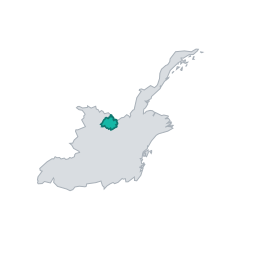 Langkho, Shan, Myanmar (highlighted), rotated 233°
{"feature_id": "60261553B57199101523672", "entity_name": "Langkho", "entity_type": "district", "adm_level": 2, "iso_a3": "MMR", "parent_name": "Myanmar", "parent_adm1": "Shan", "projection": "albers", "projection_center": [98.032, 20.27], "detail": "fine", "context": "in_parent", "style": "filled", "palette": "teal", "viewbox_px": 256, "rotation_deg": 233, "n_neighbors": 0, "source": "geoboundaries", "source_scale": "gbopen_adm2", "svg_char_len": 6934}
<svg xmlns="http://www.w3.org/2000/svg" viewBox="0 0 256 256"><g transform="rotate(233 128 128)"><path d="M164.8,115.3L162.3,114.1L160.5,115.2L157.7,114.8L158.0,117.2L156.4,118.0L153.6,117.8L152.0,121.5L146.1,122.5L142.3,121.8L140.2,125.1L140.1,128.9L139.0,131.1L139.4,135.0L136.9,136.0L135.4,135.8L136.2,137.6L138.2,138.4L139.3,142.4L139.0,144.0L146.9,153.3L149.4,160.6L151.3,159.6L151.9,160.4L151.1,162.3L148.6,163.8L148.3,171.5L144.3,173.4L144.4,176.0L144.9,177.8L148.5,182.9L152.5,186.4L154.8,190.1L155.2,195.6L154.7,197.9L155.8,201.2L157.9,203.3L160.3,211.9L155.6,219.5L150.7,224.5L150.1,229.8L148.5,231.6L147.8,229.9L147.4,224.4L149.8,220.9L150.5,214.1L152.0,212.6L151.2,212.0L149.3,212.5L149.9,207.0L148.9,206.8L149.7,205.6L148.6,196.4L144.9,190.0L144.4,187.2L143.8,191.0L143.4,190.2L143.3,185.2L141.2,179.6L141.4,179.1L142.4,179.6L141.5,178.4L140.7,178.6L140.1,177.3L139.0,165.8L137.6,164.1L138.2,159.2L139.2,157.9L135.3,158.4L133.6,154.2L133.5,151.9L129.7,148.4L130.3,149.5L129.7,150.7L130.3,152.6L128.7,156.3L127.1,157.9L125.0,158.6L123.4,157.5L123.1,155.6L122.4,155.6L123.9,159.2L117.7,162.3L116.8,164.4L113.5,167.3L112.6,166.9L113.1,163.0L111.2,166.1L108.7,166.1L108.2,162.0L107.1,164.4L105.6,165.1L106.2,158.2L105.7,160.2L103.2,162.9L100.8,163.7L101.5,158.0L104.9,149.1L105.2,146.2L103.6,139.0L101.0,132.9L101.8,132.8L99.9,131.0L99.8,126.6L98.6,128.1L98.4,130.9L96.1,129.4L93.9,125.5L94.8,125.1L97.4,127.1L98.9,126.1L99.3,124.8L95.3,120.9L96.3,119.4L95.0,119.4L91.5,117.5L90.5,117.8L90.9,119.4L90.2,119.8L88.9,117.3L89.9,116.1L89.0,116.1L89.7,113.9L89.3,113.6L87.6,116.4L86.7,115.7L87.8,114.3L87.4,113.4L85.9,111.7L86.0,114.7L82.5,109.8L80.6,103.2L82.2,101.6L85.0,103.6L85.0,95.6L86.3,93.9L89.1,95.4L90.0,93.4L91.2,92.9L90.6,87.4L91.6,83.8L93.5,83.3L94.1,80.4L94.4,76.5L93.6,72.2L95.3,73.3L97.3,72.9L101.9,74.5L103.7,69.5L108.2,61.4L106.6,59.5L106.9,58.3L110.8,54.1L112.8,50.2L112.0,46.8L112.8,44.0L116.3,42.2L123.8,36.6L129.3,35.9L131.5,38.1L133.0,38.4L130.8,33.0L135.5,29.1L135.3,26.0L137.5,22.7L138.7,22.8L139.9,24.4L141.0,24.4L143.2,26.8L145.2,33.5L146.8,32.3L148.8,33.2L149.7,43.1L149.2,48.8L148.0,50.1L148.9,52.5L147.0,53.4L145.6,55.6L143.6,55.8L142.3,59.0L140.3,59.4L139.2,61.9L139.5,63.7L137.9,64.8L137.3,68.0L138.7,69.3L139.1,71.0L137.6,74.6L138.9,74.8L144.4,72.3L148.2,72.8L150.8,72.2L149.2,74.7L150.8,77.8L151.2,82.7L157.0,84.1L157.9,85.3L156.7,86.9L154.7,94.8L162.4,95.9L162.6,98.9L164.3,100.0L164.5,101.7L165.6,102.2L169.7,102.1L172.1,99.9L175.2,99.0L175.4,100.7L174.7,102.0L171.3,103.8L169.1,107.5L168.9,108.3L170.0,109.0L166.1,110.5L164.8,115.3ZM96.3,123.4L98.7,124.9L98.3,126.0L96.7,126.1L95.5,124.1L96.3,123.4ZM145.6,201.9L147.3,204.2L145.7,205.7L145.6,201.9ZM95.8,133.3L94.5,132.4L93.7,131.2L96.4,131.3L95.8,133.3ZM148.0,211.7L148.1,214.7L147.0,214.4L146.4,211.9L148.0,211.7ZM104.6,163.8L102.9,165.7L102.6,164.0L105.0,161.7L104.6,163.8ZM137.5,161.5L136.5,160.9L136.4,159.1L137.2,158.6L137.8,159.5L137.5,161.5ZM144.6,215.4L144.4,214.4L145.5,212.0L145.3,214.1L144.6,215.4ZM144.0,221.0L145.5,223.2L145.2,223.7L143.9,221.9L143.1,222.0L144.0,221.0ZM149.0,210.0L147.5,210.6L147.4,208.6L149.0,210.0ZM145.5,231.4L143.5,233.3L143.7,232.2L145.5,231.4ZM88.4,117.6L89.0,120.1L87.9,117.2L88.4,117.6ZM145.7,197.1L145.6,199.0L145.1,196.0L145.7,197.1ZM94.0,119.5L94.2,121.1L93.2,118.9L94.0,119.5ZM143.7,207.8L142.6,206.9L142.9,206.2L143.5,206.4L143.7,207.8ZM142.9,205.1L142.2,206.4L141.5,205.6L142.0,205.1L142.9,205.1ZM143.1,212.5L143.1,213.6L142.3,211.1L143.1,212.5ZM107.1,166.1L106.4,166.0L107.4,164.8L107.5,165.3L107.1,166.1ZM148.3,221.2L147.5,221.0L148.1,219.8L148.3,221.2Z" fill="#d9dde1" stroke="#a8b0b8" stroke-width="1"/><path d="M140.7,123.8L140.9,123.8L141.0,123.8L141.2,123.7L141.3,123.7L141.6,123.6L141.8,123.6L141.9,123.4L141.9,123.2L142.0,123.1L142.3,123.1L142.5,123.0L142.7,122.9L142.5,122.7L142.5,122.4L142.4,122.2L142.5,122.1L142.5,121.8L142.6,121.6L142.5,121.4L142.5,121.2L142.8,121.2L143.1,121.2L143.1,121.3L143.2,121.6L143.4,121.6L143.5,121.5L143.6,121.4L143.7,121.5L143.9,121.6L144.0,121.6L144.1,121.8L144.2,122.0L144.3,122.0L144.5,122.1L144.7,122.3L144.7,122.5L144.8,122.6L145.0,122.7L145.3,122.6L145.6,122.4L145.7,122.5L145.8,122.4L145.8,122.5L146.1,122.5L146.4,122.3L146.5,122.5L146.9,122.5L147.1,122.5L147.3,122.4L147.6,122.3L147.6,122.2L147.9,122.5L148.1,122.6L148.3,122.4L148.5,122.2L148.7,122.3L148.8,122.2L148.7,122.0L148.8,121.9L148.6,121.6L148.4,121.4L148.3,121.2L148.3,120.8L148.2,120.7L148.0,120.4L147.9,120.3L147.8,120.1L147.7,120.0L147.6,119.9L147.6,119.7L147.6,119.4L147.7,119.1L147.7,118.9L147.8,118.9L147.7,118.7L147.5,118.4L147.5,118.2L147.4,118.1L147.6,117.9L147.7,117.7L147.9,117.6L148.1,117.4L148.5,117.5L148.7,117.4L148.9,117.3L149.0,117.2L149.4,117.0L149.5,116.9L149.6,116.7L149.5,116.3L149.5,116.2L149.6,115.9L149.6,115.7L149.4,115.5L149.1,115.3L149.0,115.0L149.0,114.9L149.0,114.5L149.1,114.3L149.1,114.1L149.1,113.9L149.1,113.7L148.9,113.4L148.7,113.1L148.7,112.9L148.6,112.7L148.5,112.2L148.4,112.1L148.3,111.9L148.1,111.6L148.0,111.4L147.9,111.2L147.8,110.9L147.6,110.8L147.6,110.7L147.5,110.4L147.5,110.1L147.5,109.9L147.4,109.7L147.5,109.5L147.4,109.4L147.5,109.3L147.4,109.2L147.4,108.9L147.3,108.5L147.2,108.6L147.1,108.8L147.0,108.7L146.9,108.8L146.7,108.7L146.4,108.7L146.0,108.7L145.8,108.6L145.7,108.5L145.4,108.6L145.2,108.6L145.1,108.4L144.9,108.4L144.7,108.3L144.7,108.1L144.5,108.3L144.4,108.4L144.4,108.5L144.2,108.9L144.0,109.1L144.1,109.4L144.1,109.6L144.0,109.8L143.9,110.1L144.0,110.3L143.9,110.4L144.0,110.5L143.9,110.8L143.6,110.7L143.4,110.6L143.3,110.4L142.8,110.5L142.5,110.6L142.4,110.7L142.1,110.7L141.8,110.7L141.7,110.7L141.5,110.8L141.2,110.8L140.9,110.9L140.6,110.9L140.5,111.1L140.5,111.4L140.3,111.4L140.2,111.5L139.7,111.8L139.4,111.9L139.1,111.9L139.0,112.0L138.9,112.0L138.8,111.9L138.6,111.9L138.5,112.2L138.5,112.3L138.5,112.7L138.4,113.0L138.3,113.3L138.4,113.6L138.4,114.0L138.1,114.0L137.9,113.9L137.3,113.5L137.3,113.4L137.2,113.3L137.0,113.1L136.9,113.1L136.7,113.1L136.7,113.3L136.6,113.5L136.5,113.8L136.5,114.0L136.4,114.3L136.3,114.6L136.2,114.8L136.2,115.0L136.3,115.3L136.2,115.5L136.3,115.8L136.2,116.0L136.3,116.2L136.3,116.3L136.4,116.5L136.2,116.7L136.1,116.8L136.0,117.1L136.1,117.3L136.2,117.6L136.1,117.8L136.2,118.3L136.1,118.5L135.9,118.7L135.9,118.9L135.8,119.0L135.7,119.2L135.7,119.3L135.7,119.7L135.7,119.8L135.8,119.9L135.9,120.0L136.0,120.0L136.2,120.3L136.3,120.3L136.6,120.3L136.7,120.2L136.8,120.1L137.0,120.1L137.2,120.3L137.3,120.3L137.1,120.5L137.3,120.7L137.3,120.9L137.6,120.9L137.8,120.9L137.8,121.0L137.7,121.1L137.6,121.3L137.5,121.6L137.5,121.8L137.5,122.0L137.8,122.2L137.8,122.3L137.9,122.5L138.0,122.5L138.4,122.7L138.5,122.7L138.7,122.8L138.8,122.7L139.0,122.9L139.3,122.9L139.5,122.8L139.4,122.7L139.5,122.7L139.6,122.8L139.8,122.8L140.0,123.0L140.2,122.9L140.3,122.9L140.4,123.0L140.6,123.0L140.6,123.3L140.6,123.6L140.7,123.8Z" fill="#14b8a6" stroke="#0f766e" stroke-width="1.5"/></g></svg>